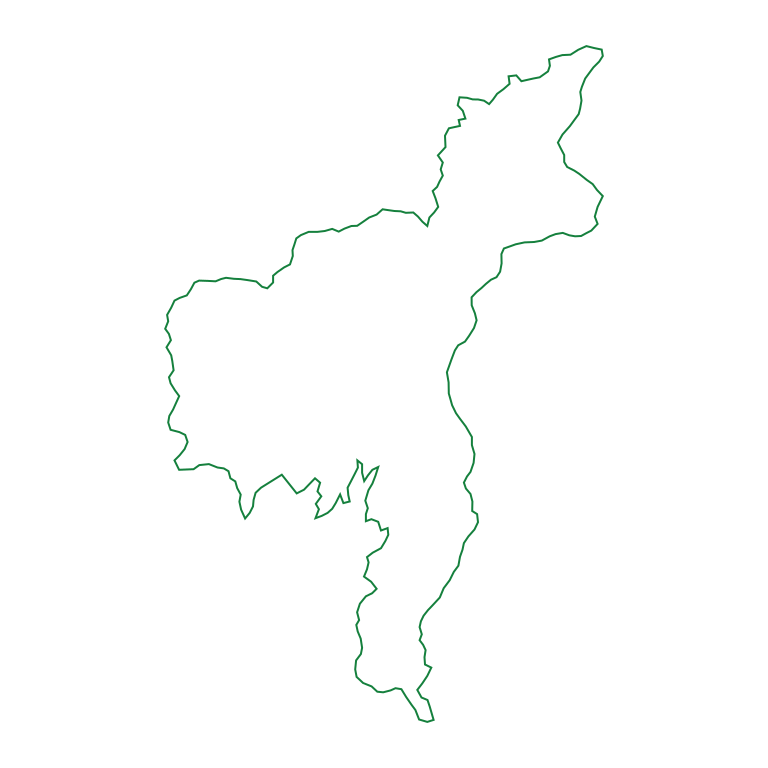 outline of Vidal Ramos, Santa Catarina, Brazil
{"feature_id": "56859067B28125183395847", "entity_name": "Vidal Ramos", "entity_type": "district", "adm_level": 2, "iso_a3": "BRA", "parent_name": "Brazil", "parent_adm1": "Santa Catarina", "projection": "mercator", "projection_center": [-49.34, -27.403], "detail": "fine", "context": "isolated", "style": "outline", "palette": "green", "viewbox_px": 768, "rotation_deg": 0, "n_neighbors": 0, "source": "geoboundaries", "source_scale": "gbopen_adm2", "svg_char_len": 3983}
<svg xmlns="http://www.w3.org/2000/svg" viewBox="0 0 768 768"><path d="M601.7,49.6L594.0,48.0L586.4,46.1L578.2,49.8L570.5,54.7L562.3,55.1L556.0,56.9L549.0,59.4L549.9,65.8L548.0,71.4L539.7,77.3L533.4,78.5L528.0,79.7L521.4,81.2L516.3,75.4L508.6,76.3L509.6,83.8L503.4,89.2L497.1,93.8L492.9,99.7L489.1,104.1L484.1,100.7L478.2,99.5L472.7,99.4L467.0,97.8L459.5,97.3L457.7,105.3L462.8,110.8L465.4,118.6L458.7,120.0L460.0,125.9L454.4,127.1L448.9,128.3L445.0,135.7L445.5,147.1L437.9,155.4L442.8,162.5L440.7,169.4L442.8,175.6L439.5,181.6L437.1,186.9L432.7,191.0L435.5,198.3L438.2,206.9L434.1,212.5L429.4,217.5L427.3,226.0L422.4,221.7L418.0,216.6L413.3,212.5L405.8,212.8L400.7,211.3L394.4,211.0L388.0,210.1L382.6,209.3L376.6,214.6L369.2,217.5L363.5,221.5L357.2,225.8L351.4,226.0L344.5,228.6L338.7,231.6L332.2,228.9L324.8,231.0L317.1,231.9L308.6,231.9L300.9,235.1L296.3,238.4L294.4,244.5L292.5,250.1L292.8,256.0L290.0,264.4L284.1,267.4L277.5,272.0L273.1,275.7L273.1,282.5L267.3,288.3L262.1,286.8L256.3,281.5L247.6,280.1L240.5,279.1L233.9,278.8L226.0,277.8L221.2,279.0L215.6,281.3L207.9,280.9L199.1,280.6L194.4,282.7L190.9,289.2L186.8,295.4L179.7,297.9L174.5,300.6L171.2,307.7L167.1,314.9L168.2,321.3L165.2,328.8L168.9,333.9L170.9,340.2L166.5,347.3L171.2,355.3L172.3,361.1L173.6,370.3L169.0,377.2L170.6,383.3L175.0,390.4L179.2,396.1L176.4,402.2L173.1,409.5L169.3,416.0L168.2,422.5L170.6,429.8L179.4,432.1L185.2,434.9L187.6,442.0L184.6,449.1L179.7,455.2L174.5,460.4L179.1,469.8L188.5,469.4L193.6,469.2L199.3,465.1L208.9,464.1L217.5,467.5L223.8,468.4L228.5,471.2L230.4,478.3L235.3,481.4L237.2,488.1L240.7,494.6L239.4,501.7L241.1,509.6L245.1,518.5L249.7,512.9L253.0,506.4L253.6,499.9L255.6,492.8L261.0,487.7L281.8,474.7L296.7,493.4L304.0,489.7L308.7,484.8L315.0,478.3L320.1,482.7L317.5,491.4L321.3,496.3L315.8,503.9L318.9,509.2L315.5,518.2L321.7,515.9L327.6,512.9L332.2,508.8L335.7,503.1L340.1,494.4L343.4,503.1L349.7,501.5L348.3,495.2L347.6,487.7L350.9,481.4L354.7,474.0L357.9,467.6L357.4,460.4L362.1,464.2L362.1,472.8L364.2,481.1L368.0,475.3L372.4,469.8L378.2,467.0L375.5,475.6L372.4,483.6L368.4,490.3L365.3,500.7L367.8,508.2L365.9,514.1L365.9,521.2L371.4,519.2L378.2,521.8L381.0,530.5L387.6,528.1L388.3,534.8L385.3,541.1L381.0,548.2L372.7,552.7L367.0,557.1L368.6,562.4L367.0,569.3L364.0,576.6L371.1,581.7L376.6,588.8L372.2,593.2L365.9,596.3L359.9,603.7L357.1,612.3L359.1,620.1L356.3,624.9L357.7,631.4L360.7,638.6L362.1,647.8L360.9,654.0L356.1,660.4L355.2,669.4L356.6,676.9L363.1,683.0L371.6,686.4L377.3,691.7L383.2,692.3L390.6,690.4L395.5,688.2L401.4,689.2L406.1,696.9L411.4,704.6L415.4,710.0L419.1,719.5L427.3,721.9L433.6,719.9L431.5,712.7L429.7,706.5L427.5,700.0L421.5,697.5L417.3,689.9L422.3,683.4L427.3,675.9L431.3,667.6L425.0,664.5L424.5,657.2L425.6,650.1L423.1,644.8L419.6,640.2L421.8,634.3L419.6,627.1L420.9,621.3L423.6,615.7L428.0,610.1L432.4,605.5L439.8,597.5L443.7,588.2L449.7,580.2L453.8,571.9L458.4,565.7L460.0,556.8L462.5,549.7L463.9,543.1L468.4,536.4L474.5,529.5L478.0,522.2L477.1,514.1L472.2,511.0L472.4,501.5L470.5,494.0L465.9,488.5L463.9,482.6L467.0,476.5L470.5,471.9L473.6,462.9L474.5,454.0L471.9,445.1L471.9,437.0L465.8,426.5L460.0,418.8L456.0,413.2L452.1,405.2L450.5,399.4L448.8,393.5L448.6,382.4L446.9,372.3L451.4,359.6L454.9,350.4L458.2,345.3L465.0,341.6L469.1,335.8L474.0,328.0L476.6,320.3L474.9,313.3L471.7,305.3L471.6,297.3L476.5,292.1L481.5,288.0L485.9,283.9L491.0,279.7L496.5,277.2L500.1,271.7L501.6,263.4L501.4,254.1L503.9,248.5L510.7,246.1L515.7,244.3L524.5,242.4L534.1,242.0L541.8,240.6L549.7,236.3L555.6,234.1L562.8,232.9L569.3,235.3L575.1,236.3L581.1,236.0L586.4,233.1L591.3,230.6L597.6,223.9L594.8,216.6L597.6,206.9L602.8,196.1L597.0,190.0L592.7,184.1L586.6,179.8L579.4,174.0L574.3,170.6L567.2,167.0L564.2,162.0L564.2,155.0L560.7,148.3L557.9,142.6L562.5,134.5L569.9,126.1L574.8,119.4L578.7,114.1L580.1,108.6L581.5,100.6L580.3,92.0L581.9,86.8L585.2,78.5L589.4,72.8L593.4,67.4L599.2,61.6L602.8,56.0L601.7,49.6Z" fill="none" stroke="#15803d" stroke-width="2"/></svg>